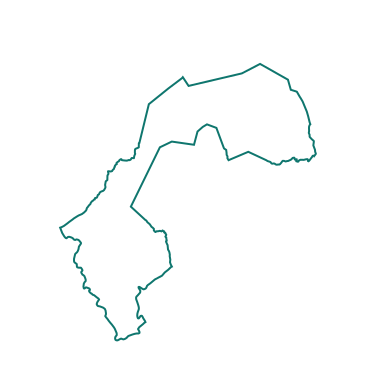 La Libertad, Comayagua, Honduras (orthographic projection), rotated 247°
{"feature_id": "27666195B37640617369838", "entity_name": "La Libertad", "entity_type": "district", "adm_level": 2, "iso_a3": "HND", "parent_name": "Honduras", "parent_adm1": "Comayagua", "projection": "orthographic", "projection_center": [-87.636, 14.872], "detail": "fine", "context": "isolated", "style": "outline", "palette": "teal", "viewbox_px": 384, "rotation_deg": 247, "n_neighbors": 0, "source": "geoboundaries", "source_scale": "gbopen_adm2", "svg_char_len": 5850}
<svg xmlns="http://www.w3.org/2000/svg" viewBox="0 0 384 384"><g transform="rotate(247 192 192)"><path d="M283.3,304.7L281.7,284.2L291.0,230.3L301.3,228.4L300.7,227.3L296.6,210.9L289.7,186.6L257.8,162.8L257.9,162.5L257.6,162.1L254.0,160.5L253.9,160.3L253.8,159.9L253.8,156.9L253.5,156.3L252.8,155.8L250.3,154.7L249.3,154.6L248.0,153.2L247.2,152.6L246.4,152.1L245.9,151.7L246.0,151.4L246.6,150.3L246.8,149.8L246.6,149.3L246.1,148.7L245.8,148.2L245.7,147.5L245.8,146.7L246.1,146.3L246.2,146.0L246.2,145.1L246.4,144.1L247.5,142.0L248.6,140.1L248.8,139.9L249.7,139.8L249.9,139.6L250.0,139.1L249.7,137.8L249.5,137.4L248.9,136.7L248.7,135.1L248.4,134.6L248.2,133.9L247.9,133.7L247.1,133.6L247.0,133.1L246.9,132.5L246.3,131.3L245.4,130.9L245.3,130.4L245.1,130.2L243.8,129.2L243.3,127.7L242.5,126.6L242.6,125.3L243.6,123.5L243.8,123.0L243.8,122.8L243.4,122.6L241.7,122.3L241.1,121.9L240.6,121.1L240.0,120.5L236.2,118.8L236.0,118.5L235.6,117.0L235.4,116.7L232.5,114.8L231.8,114.6L230.4,114.3L230.1,114.1L229.7,113.8L228.2,111.9L227.8,110.7L227.8,110.0L227.9,108.7L227.7,107.3L227.4,106.8L226.2,105.4L226.0,104.1L224.7,103.0L224.1,102.3L224.0,101.9L224.3,100.5L224.0,100.1L223.2,99.6L223.3,98.8L222.7,97.5L222.5,96.3L222.1,95.5L221.5,94.5L220.6,93.7L219.9,91.8L219.0,90.4L218.5,89.3L217.8,88.5L217.1,88.1L216.3,87.1L215.3,84.6L214.7,82.0L214.7,78.6L214.5,77.0L213.9,73.3L213.7,72.4L213.4,71.5L212.4,67.1L211.8,65.0L210.8,60.8L210.6,58.1L210.7,56.7L205.0,56.5L201.0,57.1L199.9,57.4L199.0,57.8L198.7,58.1L198.5,58.5L199.0,60.0L199.0,60.6L198.7,61.5L198.0,62.4L197.1,63.4L196.4,63.9L195.6,64.4L194.6,64.6L193.9,65.2L193.5,65.7L193.5,66.9L193.4,67.3L192.8,68.1L192.3,68.7L191.3,69.2L188.8,69.9L188.2,69.8L187.6,69.2L186.6,67.6L185.8,66.5L183.6,65.1L182.2,63.7L181.5,62.7L180.7,60.5L180.4,60.1L176.6,57.3L175.0,56.6L174.0,56.3L173.5,56.3L172.9,56.5L170.8,57.7L170.2,57.6L168.6,57.0L168.1,56.9L167.5,57.0L167.3,57.2L166.7,58.0L166.4,58.5L166.0,59.6L165.6,60.2L164.4,60.5L162.9,60.6L162.5,60.4L161.7,58.9L161.4,58.7L160.8,58.6L158.7,58.9L157.8,59.6L156.5,60.1L153.9,60.0L153.0,59.9L151.9,59.5L151.5,59.2L150.9,57.8L149.9,56.6L147.3,55.1L146.3,54.9L145.6,54.8L145.3,55.0L145.2,55.4L145.3,55.9L145.6,56.8L145.6,57.2L145.1,57.9L144.1,58.9L143.7,59.4L143.1,59.8L142.5,59.9L141.8,59.8L141.6,59.6L141.4,58.8L141.1,58.6L140.3,58.6L139.7,58.7L138.0,59.5L137.5,60.0L136.3,60.4L135.2,61.6L132.0,63.3L130.9,64.0L130.3,64.3L129.7,64.4L129.3,64.4L129.1,64.1L127.9,62.2L126.7,60.9L125.7,60.4L124.8,60.5L124.1,60.7L123.7,61.0L122.6,62.6L120.4,64.9L119.3,65.6L118.3,66.1L116.6,66.1L113.9,65.4L112.9,64.9L111.9,63.9L111.7,63.7L111.4,63.7L110.4,63.9L107.7,64.7L106.4,64.9L103.2,65.8L101.4,66.4L97.7,67.3L96.1,67.5L91.7,67.5L90.6,67.2L89.6,66.7L88.8,65.2L88.6,65.1L88.4,64.7L87.5,64.1L86.8,63.9L86.1,63.8L85.7,63.9L85.3,64.2L85.0,64.5L84.5,65.6L84.8,68.9L84.7,69.4L84.5,69.8L84.1,70.1L83.2,71.2L83.0,72.2L83.0,73.3L83.3,74.9L83.6,75.4L84.3,77.1L84.3,77.4L84.1,81.5L83.8,84.0L83.4,85.7L82.7,87.4L82.7,87.9L82.8,88.5L83.2,88.8L83.9,89.0L84.5,89.0L86.9,88.8L87.1,89.0L88.2,90.7L89.6,95.5L90.2,97.0L90.4,98.3L91.8,98.3L94.8,97.8L96.7,97.7L97.5,97.5L97.9,97.0L98.0,96.3L96.5,93.8L96.5,93.5L96.7,93.1L97.0,92.9L97.7,92.9L98.5,93.0L99.6,93.3L101.2,94.1L102.8,95.3L104.6,97.0L105.2,97.4L105.9,97.7L106.8,98.0L108.8,98.3L112.4,98.6L114.9,98.7L115.6,98.9L116.5,99.2L117.0,99.6L117.4,100.0L118.0,101.5L119.4,104.4L119.7,104.9L120.2,105.3L120.8,105.6L121.4,105.8L122.7,105.7L124.2,105.4L124.8,105.5L125.3,105.6L125.4,105.8L125.4,106.1L125.1,106.6L122.3,108.5L121.4,109.3L121.2,110.0L121.2,111.1L121.3,111.7L121.6,112.3L122.0,112.8L123.2,114.0L123.6,115.0L124.2,117.8L126.0,123.7L126.7,131.7L128.6,135.5L129.7,139.7L131.2,143.6L131.2,144.3L133.4,144.1L135.9,144.3L138.2,145.6L141.6,146.4L143.0,147.1L145.3,147.6L146.5,147.7L147.8,147.5L148.6,147.5L152.7,148.8L153.3,148.7L155.0,148.7L156.4,148.7L156.8,148.9L156.8,149.4L157.3,149.8L158.9,150.1L160.1,150.5L160.6,150.2L161.3,150.1L161.6,150.4L162.2,151.2L162.8,151.6L163.6,151.5L164.3,151.2L164.8,151.4L165.3,150.9L165.7,150.6L166.1,150.7L166.5,151.0L166.9,150.8L167.3,150.2L168.0,149.9L168.0,149.5L167.8,149.1L167.7,148.5L168.6,147.5L168.8,147.2L169.1,145.5L169.6,144.3L169.7,143.5L169.4,142.9L169.5,142.7L170.3,142.2L171.6,141.9L173.0,142.5L174.5,141.9L175.8,141.1L177.0,140.9L178.9,140.5L181.7,139.1L183.1,138.9L183.8,138.7L184.3,138.2L202.4,130.0L245.7,179.9L246.3,193.1L234.7,212.3L245.5,220.7L247.7,227.3L248.4,232.2L241.5,239.5L220.0,238.5L219.4,238.6L217.4,239.9L216.3,239.6L214.5,239.1L213.2,238.6L212.6,238.4L211.0,238.6L209.2,237.8L207.0,238.1L207.0,259.5L192.1,272.9L191.0,273.6L189.2,275.7L188.7,276.0L187.4,276.3L187.0,276.6L186.7,277.0L186.4,278.2L186.1,278.8L185.6,279.3L185.0,279.6L184.4,280.1L184.1,280.5L183.9,281.0L183.6,282.2L183.2,283.0L183.2,283.8L184.0,285.5L185.0,287.1L185.2,287.7L185.1,288.0L184.6,289.0L183.7,289.9L183.5,290.2L183.3,291.7L183.0,292.5L183.1,295.6L183.2,296.0L184.0,298.0L183.9,298.7L183.6,299.5L183.4,299.6L182.3,299.5L181.9,299.3L181.7,299.4L181.4,300.8L181.2,301.1L180.8,301.0L180.3,300.2L179.7,300.0L179.4,300.1L179.3,300.4L178.9,301.3L178.5,301.4L178.5,301.8L179.1,302.5L179.3,303.6L179.3,304.3L179.1,304.9L177.9,307.5L177.6,309.5L177.3,310.6L177.1,311.1L176.7,311.3L176.4,311.3L175.2,310.9L175.0,311.0L174.8,311.2L174.9,311.8L175.4,312.8L176.7,315.0L177.1,315.8L178.1,317.2L178.1,317.7L177.8,318.5L177.7,318.6L177.4,318.6L178.5,320.6L179.0,321.0L180.9,321.1L182.8,321.7L187.4,321.9L188.0,322.2L190.7,323.8L191.4,324.0L191.7,323.9L194.0,322.8L196.6,321.9L197.3,322.0L198.7,322.6L200.6,322.6L201.1,322.8L202.3,323.6L205.2,324.7L206.4,325.3L207.0,325.8L207.6,326.4L207.9,326.9L208.1,327.4L210.1,327.5L216.2,328.5L221.1,329.1L232.1,329.2L235.9,328.7L237.5,328.4L243.3,327.7L244.0,327.0L246.8,323.7L247.3,323.3L247.5,322.9L257.9,324.2L283.3,304.7Z" fill="none" stroke="#0f766e" stroke-width="2"/></g></svg>